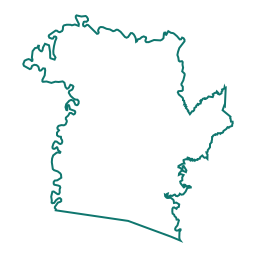 Sayaxché, Petén, Guatemala (Natural Earth projection)
{"feature_id": "79465075B52336301108850", "entity_name": "Sayaxché", "entity_type": "district", "adm_level": 2, "iso_a3": "GTM", "parent_name": "Guatemala", "parent_adm1": "Petén", "projection": "natural_earth1", "projection_center": [-90.182, 16.297], "detail": "fine", "context": "isolated", "style": "outline", "palette": "teal", "viewbox_px": 256, "rotation_deg": 0, "n_neighbors": 0, "source": "geoboundaries", "source_scale": "gbopen_adm2", "svg_char_len": 5696}
<svg xmlns="http://www.w3.org/2000/svg" viewBox="0 0 256 256"><path d="M128.1,220.9L171.3,236.8L180.4,240.6L179.6,239.5L179.3,237.2L179.5,231.8L180.6,230.1L180.6,229.4L180.0,229.2L177.9,230.5L176.6,230.6L175.5,230.1L175.1,229.0L175.7,227.4L177.4,225.5L178.9,220.4L178.2,219.5L176.6,219.6L176.1,217.5L174.6,216.2L174.1,214.7L172.6,213.6L172.3,211.4L172.4,208.8L173.1,207.6L174.1,207.4L176.5,208.8L177.3,207.4L178.8,206.9L179.2,204.4L176.3,202.6L174.0,203.0L173.6,200.3L173.1,199.6L170.6,197.7L167.8,198.0L166.6,197.7L165.2,196.2L165.0,194.6L166.1,195.2L167.0,193.9L167.8,193.6L167.2,196.2L167.8,197.1L170.5,195.5L172.1,196.0L174.5,194.6L175.1,194.7L175.9,195.9L177.4,196.2L179.2,195.0L179.8,193.7L181.5,194.7L183.3,194.3L185.6,191.6L187.3,188.0L190.8,187.5L190.8,187.0L189.3,185.9L186.4,186.3L185.3,184.9L184.0,184.6L183.2,185.3L183.5,186.0L184.5,186.6L184.4,187.2L183.8,187.4L180.6,183.3L180.2,181.5L182.3,180.3L182.2,177.4L183.6,175.0L180.6,174.0L178.9,174.9L179.1,173.4L181.2,171.0L182.8,170.7L185.9,172.1L186.4,170.4L183.7,166.0L182.7,166.3L182.5,169.0L181.7,169.2L179.8,167.7L178.4,167.3L178.5,166.0L182.4,163.8L184.5,163.5L183.5,160.8L183.6,160.0L185.9,159.2L187.9,159.4L188.0,158.8L187.4,158.2L187.6,157.6L189.0,158.0L189.2,159.0L190.5,160.6L190.8,160.5L190.5,159.9L190.8,158.8L192.3,158.9L193.0,160.6L194.4,159.8L194.9,160.7L196.3,159.7L197.5,159.9L197.8,159.0L199.8,158.7L200.1,157.3L202.3,155.5L203.8,157.3L204.7,157.8L206.0,157.4L207.4,158.8L207.5,154.4L206.8,153.7L206.4,152.3L207.1,152.3L207.6,151.8L207.8,150.1L210.0,147.3L210.0,144.1L211.8,142.0L211.5,141.3L212.0,139.9L212.1,136.9L212.5,136.8L213.2,135.6L214.7,134.7L215.4,134.9L215.6,134.2L217.3,134.5L217.8,133.2L220.1,133.2L220.4,133.7L221.2,132.9L221.7,133.1L223.0,132.4L223.5,130.9L226.3,129.0L227.5,127.2L228.6,127.7L228.7,127.2L232.1,125.9L232.3,124.0L232.7,123.4L232.6,121.7L231.0,121.6L230.5,118.4L230.1,118.0L230.5,116.7L222.6,110.2L224.3,105.4L224.9,106.0L225.7,88.1L225.2,88.5L224.6,87.0L224.3,88.6L222.1,89.5L222.5,90.7L221.6,91.6L221.5,93.3L219.6,94.5L218.1,94.0L217.7,93.1L218.1,92.8L216.8,91.4L216.1,92.9L214.9,92.9L212.8,94.2L213.4,95.3L212.7,97.1L208.5,96.5L207.1,98.1L205.5,99.0L204.9,99.0L204.7,98.2L202.8,98.8L201.8,100.4L201.0,100.1L200.2,101.0L201.0,102.1L200.6,103.5L199.0,103.9L198.4,104.8L197.6,104.1L196.9,105.3L196.3,105.6L196.1,106.9L194.4,108.0L194.2,110.0L193.2,111.2L192.1,111.3L189.9,114.2L188.4,111.8L188.3,110.9L187.8,110.8L187.7,109.8L185.9,108.0L186.4,106.8L185.2,106.3L185.8,105.0L185.1,104.3L184.2,104.4L184.7,103.0L184.2,102.2L184.1,100.7L183.0,100.2L183.0,98.9L182.6,97.7L178.8,94.5L177.8,92.3L178.4,91.2L182.0,90.9L182.8,90.1L182.8,86.7L181.5,85.0L181.4,84.0L183.3,80.4L184.7,74.9L184.5,73.6L182.2,71.4L183.1,67.7L182.5,64.7L182.7,62.1L182.0,61.2L179.8,61.5L178.8,60.8L178.3,57.6L177.4,55.0L178.0,51.9L179.3,48.0L184.5,41.3L184.5,39.7L183.5,38.2L182.1,37.6L181.0,39.3L179.7,39.4L177.1,36.3L174.1,33.7L173.0,33.1L170.9,32.8L168.3,31.2L166.3,34.8L165.4,34.5L165.3,32.6L164.3,32.7L163.9,33.7L163.5,38.1L162.2,39.5L160.5,40.4L154.0,40.0L148.8,42.1L146.3,42.1L145.6,41.4L145.4,40.4L146.1,38.5L146.0,37.4L143.7,36.4L141.7,37.2L139.9,38.8L137.9,39.3L136.9,41.3L136.1,41.8L135.8,38.6L134.9,36.4L133.8,34.5L132.2,33.1L130.8,33.1L128.1,37.0L126.6,37.7L125.0,37.0L120.6,31.8L117.8,29.8L116.4,29.7L114.7,30.8L113.1,31.2L109.9,29.4L106.5,28.8L103.0,27.2L100.8,27.0L99.5,27.6L98.3,29.7L98.1,30.9L98.7,32.3L98.5,33.0L98.0,33.6L97.0,33.8L88.2,25.1L87.0,24.8L84.7,26.5L83.3,25.8L83.0,24.2L83.8,21.9L84.8,21.6L86.5,21.8L88.0,20.4L87.9,18.7L86.8,16.9L85.7,16.0L81.4,16.5L76.5,15.4L75.8,16.2L75.8,17.7L78.9,24.0L78.6,25.9L74.9,24.5L71.9,25.3L70.6,24.8L66.9,24.7L64.1,25.3L63.1,26.4L62.8,29.6L62.1,31.0L59.8,32.2L58.5,31.9L56.9,30.7L55.6,30.6L49.0,35.2L48.7,36.1L49.3,37.7L52.0,38.7L53.0,38.5L54.1,36.6L55.2,36.5L56.2,37.1L56.4,38.3L55.2,41.0L54.0,46.1L53.3,51.0L53.5,54.1L55.5,57.5L54.6,59.6L50.6,58.3L50.2,57.8L50.1,52.1L49.0,45.3L45.0,43.8L43.0,47.5L42.5,50.2L41.7,51.3L40.7,51.1L39.1,49.5L38.5,48.2L38.9,45.8L38.2,45.7L37.5,47.6L35.0,48.1L32.6,51.2L31.9,57.5L32.5,59.7L32.3,60.9L31.7,61.0L30.3,59.7L28.6,59.1L26.8,59.6L24.6,60.7L23.3,64.0L23.9,65.8L29.8,69.1L31.1,68.5L32.1,65.9L34.3,64.8L36.5,65.1L37.8,66.1L38.6,67.2L39.2,70.0L40.0,70.7L41.1,70.4L43.1,68.3L44.9,68.6L45.2,70.3L44.7,75.4L42.4,79.8L42.4,81.4L42.9,81.8L46.6,81.5L51.4,82.9L55.3,81.7L58.7,82.0L62.7,81.4L64.4,82.7L65.5,87.0L66.9,88.7L67.6,88.7L68.9,87.6L70.4,84.8L72.5,85.5L73.4,86.5L72.8,88.6L71.9,89.8L69.2,91.1L68.8,92.8L70.6,95.9L73.6,98.6L75.5,99.6L77.5,99.7L78.7,101.3L78.6,103.4L77.6,104.9L76.9,105.2L75.4,104.7L73.7,101.0L71.2,99.9L69.3,100.7L66.2,104.2L65.5,107.1L66.3,109.9L67.0,110.2L67.3,109.9L67.2,106.2L67.9,105.3L68.7,105.1L69.2,105.9L70.0,109.2L74.7,110.9L75.3,112.0L75.1,113.1L74.5,114.1L73.5,114.5L71.2,113.0L69.6,113.1L68.2,115.6L65.9,117.6L65.8,119.0L66.7,120.5L66.8,121.7L65.6,124.4L63.9,125.3L61.4,125.1L58.5,125.9L57.4,127.5L57.5,128.8L59.0,130.3L57.0,132.6L57.0,135.1L57.7,135.9L59.1,136.6L60.9,136.8L61.1,138.7L62.1,140.3L62.3,141.9L61.6,143.5L60.3,144.0L59.2,143.6L56.7,141.6L55.1,141.4L53.5,143.5L52.4,147.0L52.7,148.3L53.4,148.8L54.6,148.8L56.9,147.2L57.4,147.7L58.0,150.0L60.4,152.0L59.9,152.9L57.9,152.4L56.6,152.7L53.2,155.4L52.1,158.5L51.8,162.1L52.8,169.0L54.1,170.2L57.7,171.4L60.3,173.4L61.0,174.6L61.3,177.7L57.3,180.3L54.7,180.6L53.7,182.0L53.7,183.8L54.3,184.7L58.5,185.6L59.9,186.3L60.3,187.6L59.6,189.4L59.7,192.7L58.8,194.1L57.5,194.1L53.7,191.5L52.4,191.7L51.2,196.7L51.8,200.3L51.6,202.6L52.3,203.2L54.2,202.9L56.1,200.1L58.4,198.4L59.9,198.1L61.2,199.3L61.2,201.1L60.4,201.8L57.9,202.6L54.9,206.9L54.8,207.9L55.9,209.3L55.7,210.3L128.1,220.9Z" fill="none" stroke="#0f766e" stroke-width="2"/></svg>